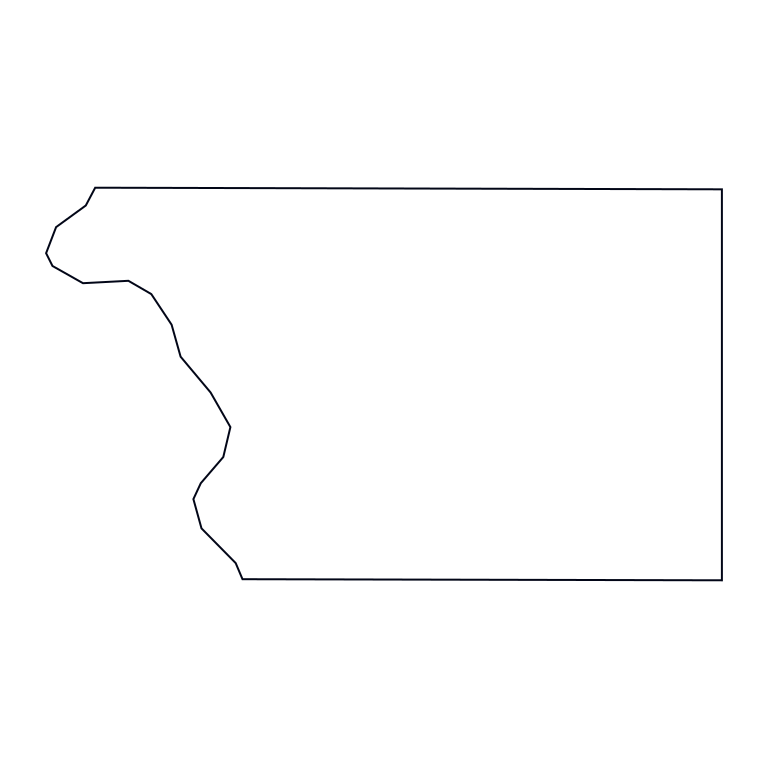 Walworth, South Dakota, United States of America
{"feature_id": "52423323B58103435188047", "entity_name": "Walworth", "entity_type": "district", "adm_level": 2, "iso_a3": "USA", "parent_name": "United States of America", "parent_adm1": "South Dakota", "projection": "equal_earth", "projection_center": [-100.243, 45.42], "detail": "fine", "context": "isolated", "style": "outline", "palette": "ink", "viewbox_px": 768, "rotation_deg": 0, "n_neighbors": 0, "source": "geoboundaries", "source_scale": "gbopen_adm2", "svg_char_len": 385}
<svg xmlns="http://www.w3.org/2000/svg" viewBox="0 0 768 768"><path d="M713.4,189.3L95.2,187.7L85.8,205.5L56.1,227.1L46.1,253.2L52.5,266.0L83.0,283.2L128.4,280.8L151.3,294.1L171.6,324.7L180.6,356.7L210.6,392.5L230.4,427.1L223.3,457.0L200.8,483.2L193.4,499.1L201.5,528.4L235.7,563.1L242.5,579.2L721.9,580.3L721.9,189.3L713.4,189.3Z" fill="none" stroke="#020617" stroke-width="2"/></svg>